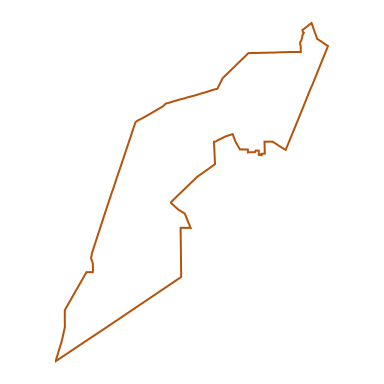 outline of El Espinal, Oaxaca, Mexico
{"feature_id": "50627088B62999724223409", "entity_name": "El Espinal", "entity_type": "district", "adm_level": 2, "iso_a3": "MEX", "parent_name": "Mexico", "parent_adm1": "Oaxaca", "projection": "equal_earth", "projection_center": [-95.031, 16.463], "detail": "fine", "context": "isolated", "style": "outline", "palette": "amber", "viewbox_px": 384, "rotation_deg": 0, "n_neighbors": 0, "source": "geoboundaries", "source_scale": "gbopen_adm2", "svg_char_len": 1942}
<svg xmlns="http://www.w3.org/2000/svg" viewBox="0 0 384 384"><path d="M56.0,361.0L84.7,341.8L103.4,329.4L180.4,277.5L181.2,276.9L180.6,227.8L190.6,227.9L184.8,213.6L177.9,209.3L171.0,202.9L171.2,201.9L197.1,176.9L215.0,164.2L214.0,141.8L216.1,141.4L218.2,140.0L222.5,138.0L224.9,136.7L232.6,134.1L235.9,142.5L238.1,146.2L239.9,149.4L246.5,149.5L247.6,149.5L247.9,149.5L247.9,152.4L255.0,152.1L255.8,150.5L258.8,150.6L258.8,154.9L261.5,155.2L261.4,153.8L263.2,153.7L264.8,153.6L264.5,141.7L266.3,141.7L272.6,141.7L275.3,143.4L276.7,144.2L278.1,145.2L279.3,146.0L280.6,146.8L281.2,147.2L282.3,147.8L283.0,148.2L283.6,148.7L285.7,149.9L301.0,112.5L310.6,88.6L312.5,84.5L314.4,79.7L328.0,46.0L326.6,45.1L326.2,44.9L321.7,41.8L317.2,38.9L316.9,38.0L311.5,23.0L302.6,30.0L302.4,30.1L302.8,31.5L303.1,32.3L303.9,32.9L303.1,33.8L302.4,35.6L302.2,37.5L301.2,40.8L300.3,41.9L300.1,44.0L300.7,46.2L300.8,48.4L300.8,52.0L291.5,52.0L279.4,52.3L273.8,52.6L271.3,52.6L262.8,52.8L248.4,53.1L222.7,78.1L217.4,88.7L215.3,89.3L214.6,89.4L212.2,90.1L209.4,91.0L207.5,91.6L207.0,91.8L205.5,92.3L200.0,93.8L197.9,94.5L197.2,94.8L194.3,95.6L189.7,96.8L185.6,97.9L184.6,98.3L179.3,99.6L176.8,100.4L173.6,101.3L173.4,101.4L172.8,101.5L172.3,101.7L172.0,101.8L171.5,102.0L171.1,102.1L170.6,102.3L169.5,102.6L168.6,102.8L167.7,103.1L165.7,103.6L165.3,104.0L165.2,104.1L164.3,105.1L163.1,106.2L149.2,114.4L139.9,119.5L138.8,119.9L135.6,122.0L133.4,128.3L131.7,133.4L131.6,133.8L129.9,139.1L129.6,140.0L129.4,140.3L129.2,140.9L125.8,151.1L123.0,159.6L122.7,160.3L122.5,160.9L120.8,166.1L118.4,173.1L117.1,176.9L113.3,188.5L112.1,191.7L108.5,202.6L103.6,217.3L103.4,218.1L103.1,219.1L100.1,228.1L92.8,250.6L92.6,251.4L91.9,253.0L91.5,256.3L91.0,258.4L91.7,259.9L92.3,261.8L92.9,264.0L92.8,265.9L93.0,268.1L92.9,270.7L92.8,272.2L86.5,272.1L64.8,310.1L64.8,315.2L64.8,321.8L64.9,327.0L61.8,341.0L56.0,360.0L56.0,361.0Z" fill="none" stroke="#b45309" stroke-width="2"/></svg>